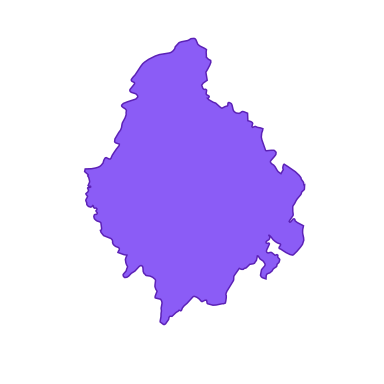 the district of Tan Yen, Bắc Giang, Vietnam, rotated 219°
{"feature_id": "81297802B62704406726497", "entity_name": "Tan Yen", "entity_type": "district", "adm_level": 2, "iso_a3": "VNM", "parent_name": "Vietnam", "parent_adm1": "Bắc Giang", "projection": "natural_earth1", "projection_center": [106.095, 21.389], "detail": "fine", "context": "isolated", "style": "filled", "palette": "violet", "viewbox_px": 384, "rotation_deg": 219, "n_neighbors": 0, "source": "geoboundaries", "source_scale": "gbopen_adm2", "svg_char_len": 6017}
<svg xmlns="http://www.w3.org/2000/svg" viewBox="0 0 384 384"><g transform="rotate(219 192 192)"><path d="M296.4,294.3L295.6,292.5L295.5,290.1L296.0,287.6L297.0,285.9L303.8,278.3L306.1,274.6L309.2,267.8L310.6,263.0L311.0,260.6L310.9,257.3L309.9,247.2L310.1,244.4L310.0,241.4L309.7,240.8L309.2,240.4L308.4,240.2L305.7,240.8L305.2,240.5L304.8,240.0L304.7,238.9L304.7,232.7L304.3,231.9L303.7,231.4L302.9,231.2L301.8,231.3L298.2,232.7L296.9,233.0L294.9,232.6L294.4,232.2L293.9,231.5L294.2,228.8L299.0,221.4L301.1,217.6L301.3,215.2L301.0,214.8L300.5,214.4L298.6,214.3L296.6,214.6L295.4,214.5L294.2,214.0L293.4,212.5L291.8,210.6L290.7,207.6L289.6,201.9L289.0,200.6L287.3,197.7L286.5,195.1L286.4,192.3L285.3,184.8L283.9,182.5L283.3,182.2L282.1,182.2L278.6,183.5L278.0,182.7L277.8,181.7L277.8,177.9L277.5,174.0L277.1,170.4L276.2,167.1L276.3,166.2L276.6,165.9L277.5,165.4L280.2,164.8L280.8,164.1L280.9,163.3L280.5,161.1L279.4,158.6L279.4,155.7L279.7,154.0L280.6,152.1L282.2,149.8L284.8,146.8L289.5,142.7L288.3,140.3L283.8,140.1L283.3,139.9L283.2,138.9L281.4,138.3L278.4,136.0L277.8,135.2L276.8,131.6L275.9,131.6L274.5,132.6L273.9,132.2L274.1,131.5L275.4,130.3L275.7,129.6L275.6,129.3L273.8,128.4L273.4,127.9L273.0,126.6L273.4,123.9L272.7,123.4L270.5,123.0L270.0,121.8L269.8,120.2L269.4,118.8L268.2,117.9L267.2,117.5L265.9,116.1L265.1,115.8L263.4,115.6L261.2,116.5L260.7,117.4L260.6,119.1L260.0,119.1L259.1,118.3L257.7,118.0L256.4,119.2L255.3,119.1L254.9,118.6L254.8,118.2L254.8,116.9L254.1,116.5L252.7,116.3L252.2,115.9L252.1,114.9L252.3,114.4L253.1,113.7L253.4,113.2L253.5,112.7L253.1,111.6L252.7,111.0L251.5,110.1L251.0,109.8L249.1,109.6L247.6,109.7L245.0,110.7L244.0,110.8L243.3,110.6L239.3,106.8L238.8,105.9L238.7,105.5L238.7,104.9L239.0,104.5L237.3,103.4L234.2,102.7L233.2,102.5L225.8,104.8L224.4,104.7L223.9,104.6L222.7,103.8L221.8,102.6L220.3,101.8L219.4,101.6L217.2,101.6L214.1,102.6L212.9,102.3L212.2,101.4L212.0,100.8L212.0,99.8L211.5,98.4L205.4,100.5L202.8,102.0L201.9,99.0L201.3,97.6L198.9,95.4L197.1,94.3L195.3,93.6L194.8,92.9L194.4,91.3L193.5,89.2L193.6,86.1L193.6,84.6L193.2,84.0L192.0,83.2L190.4,83.2L188.9,84.8L188.6,85.8L188.3,86.6L188.0,90.6L186.6,94.6L186.2,100.9L185.7,102.3L185.3,102.8L183.8,103.1L183.5,103.0L182.4,102.2L179.9,99.5L178.0,98.5L176.7,98.5L175.6,98.2L175.0,98.3L171.6,100.3L168.8,101.0L165.5,100.9L164.6,100.2L162.2,96.4L161.2,95.1L159.0,93.7L156.7,92.9L155.2,88.3L154.8,87.4L154.1,86.6L153.5,86.7L148.9,88.9L147.0,88.2L145.4,86.9L142.9,82.3L140.9,80.3L139.6,78.1L137.6,75.5L135.6,71.8L135.0,71.0L130.8,71.1L130.0,71.7L129.6,72.9L129.9,77.8L130.1,78.6L131.0,80.0L131.0,81.3L130.8,81.7L129.3,82.8L128.7,87.4L128.4,89.0L127.8,90.3L127.7,91.9L127.4,92.1L126.1,92.5L125.8,92.9L125.8,93.7L126.5,95.9L126.5,98.6L125.8,102.4L125.3,111.1L125.0,111.9L124.1,112.6L121.7,113.3L119.0,113.4L116.1,112.9L115.2,113.1L113.8,116.0L113.0,116.8L112.5,117.0L110.1,115.0L109.5,115.0L104.5,117.2L102.1,119.4L98.2,124.2L97.1,125.1L96.2,126.7L97.1,128.5L98.9,131.5L100.2,133.1L101.0,133.5L101.8,134.8L102.4,136.8L104.0,148.8L104.3,149.9L106.4,152.7L106.6,153.9L107.2,162.4L105.5,162.8L104.5,163.3L103.5,164.2L103.2,165.7L102.5,166.5L102.1,167.3L101.9,169.5L101.7,170.5L101.7,172.0L99.3,174.7L98.6,176.0L98.8,176.9L98.9,179.4L101.0,183.5L100.5,183.8L99.9,183.8L97.0,182.8L93.0,183.1L90.3,182.2L89.4,181.5L89.1,180.8L89.0,180.1L89.1,176.1L89.0,175.2L86.4,170.4L84.9,169.7L83.4,169.7L79.8,171.0L81.9,174.0L82.1,175.5L81.5,176.8L80.7,178.0L80.1,180.9L80.4,182.9L80.3,184.0L79.4,187.0L79.4,187.5L80.2,189.0L80.4,189.5L80.1,191.8L80.3,192.6L80.8,193.8L81.4,194.8L82.0,195.0L83.9,195.2L84.5,195.5L85.5,196.9L86.6,196.8L87.6,195.1L91.7,195.1L92.5,194.9L93.4,194.1L94.0,193.0L94.6,192.5L95.3,192.2L95.8,192.2L96.6,192.6L97.1,193.2L97.5,194.0L99.0,200.0L99.4,200.6L99.9,200.7L100.4,200.5L101.2,199.4L102.2,199.1L102.8,199.5L103.1,200.0L103.1,200.7L102.3,203.2L102.3,204.4L103.0,205.8L103.6,206.3L104.4,206.6L104.8,206.5L104.9,206.9L103.5,207.0L101.8,206.7L99.0,206.0L96.0,205.9L93.5,206.2L90.6,207.2L90.3,207.1L90.0,206.8L89.7,206.1L89.6,204.3L89.4,203.8L89.2,203.3L88.5,203.0L87.4,203.4L80.8,204.1L76.5,205.1L74.2,206.2L73.7,207.0L73.1,212.2L73.0,217.4L73.2,220.8L74.8,224.9L76.5,226.7L79.5,229.1L80.6,230.2L82.3,232.4L84.1,235.9L91.1,234.5L93.8,234.5L94.8,235.4L95.6,235.5L96.1,235.1L96.4,234.5L96.5,230.8L96.9,230.1L97.9,230.2L98.2,231.2L98.7,237.4L99.3,238.3L101.4,240.3L104.5,244.0L104.8,245.0L105.0,247.6L105.7,250.9L105.9,253.0L105.8,258.4L106.0,259.4L106.5,260.3L106.7,261.3L106.3,264.3L106.4,264.9L108.8,268.2L108.9,267.7L109.9,268.2L110.9,269.3L112.1,269.9L115.1,270.7L116.4,271.7L119.2,272.4L124.5,272.8L133.7,272.1L137.9,271.6L138.0,271.0L137.9,270.4L137.0,268.4L136.0,267.3L135.2,266.9L134.4,262.2L137.8,262.0L139.4,262.4L143.3,263.9L145.5,264.3L147.4,264.1L148.7,264.2L149.6,264.4L150.3,265.1L150.5,265.8L150.3,271.5L150.4,273.8L150.8,274.5L151.5,275.6L152.1,275.9L153.9,276.1L154.6,276.0L157.2,273.8L160.3,270.7L161.1,270.7L170.5,276.5L172.7,278.3L175.0,281.8L175.8,284.1L176.7,285.8L179.2,284.9L181.7,283.5L184.1,282.8L184.7,282.0L185.5,280.4L186.2,280.4L186.5,280.5L186.8,280.9L188.0,283.5L188.8,283.9L190.5,283.8L193.5,282.6L198.4,288.2L202.3,287.0L203.4,286.4L203.9,285.6L204.2,284.2L204.8,282.8L207.2,281.3L208.4,281.1L209.6,281.0L210.9,281.3L211.8,281.8L215.4,284.6L216.5,285.2L217.2,285.4L219.1,285.1L219.9,284.5L220.0,283.8L218.7,281.8L218.6,281.3L220.1,279.1L221.4,276.1L221.9,275.8L224.1,275.7L229.5,276.0L232.0,275.1L237.1,274.3L238.9,274.6L238.6,274.9L238.4,275.6L238.5,276.8L238.9,277.1L239.5,277.3L242.0,276.8L242.9,277.3L244.6,280.2L245.1,280.5L246.1,280.4L247.1,279.4L247.7,279.2L248.8,279.4L251.7,281.1L251.8,283.8L250.5,288.4L256.6,293.8L257.1,297.2L258.0,301.7L259.0,304.7L260.3,306.0L262.8,305.5L265.8,305.8L266.2,306.5L269.1,309.7L270.4,311.8L272.6,311.6L277.4,310.5L279.4,310.4L280.5,310.5L284.6,312.7L285.7,313.0L286.6,312.9L287.4,312.4L289.3,310.5L290.2,307.9L290.9,306.7L294.6,302.3L295.6,300.8L296.1,299.7L296.4,294.3Z" fill="#8b5cf6" stroke="#5b21b6" stroke-width="1.5"/></g></svg>